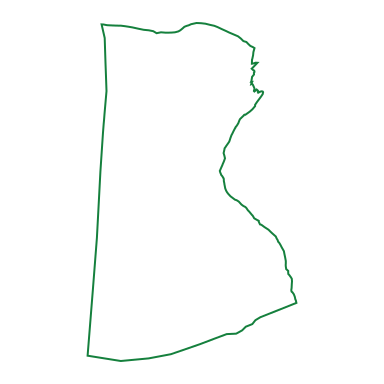 Ataqa, As Suways, Egypt
{"feature_id": "37247803B89602955599025", "entity_name": "Ataqa", "entity_type": "district", "adm_level": 2, "iso_a3": "EGY", "parent_name": "Egypt", "parent_adm1": "As Suways", "projection": "robinson", "projection_center": [32.387, 29.537], "detail": "fine", "context": "isolated", "style": "outline", "palette": "green", "viewbox_px": 384, "rotation_deg": 0, "n_neighbors": 0, "source": "geoboundaries", "source_scale": "gbopen_adm2", "svg_char_len": 3653}
<svg xmlns="http://www.w3.org/2000/svg" viewBox="0 0 384 384"><path d="M257.4,62.8L255.6,62.7L252.9,63.6L251.9,63.7L252.0,59.7L252.3,58.9L253.1,55.2L253.4,52.1L254.5,48.1L252.9,47.1L250.3,45.9L248.2,43.9L246.4,42.0L243.4,41.1L240.8,38.5L238.0,36.3L233.1,34.2L229.1,32.5L226.0,31.0L221.8,29.1L217.6,27.1L214.3,25.8L210.2,24.9L205.4,23.7L201.0,23.2L196.5,23.0L191.1,24.2L188.7,25.3L186.6,25.9L184.4,26.8L182.5,28.5L180.3,30.3L178.4,31.4L175.0,32.3L171.1,32.6L165.9,32.7L161.0,32.3L156.6,33.2L153.3,31.2L148.8,30.3L143.7,29.8L138.3,28.7L132.4,27.4L128.3,26.7L125.0,26.2L121.1,25.7L116.1,25.6L111.2,25.4L107.1,25.2L103.5,24.5L101.6,24.4L102.1,26.6L104.7,38.0L105.5,63.1L106.0,76.7L106.5,91.1L104.5,114.0L104.1,119.2L103.9,121.5L103.7,123.6L103.0,132.5L100.4,171.6L98.4,209.7L96.9,237.9L92.8,290.6L87.6,355.7L120.8,361.0L148.6,358.4L170.9,354.2L199.9,344.2L214.1,338.8L226.7,334.1L235.5,333.7L236.3,333.6L238.5,332.4L242.1,330.4L244.3,328.2L245.8,326.7L252.3,324.1L255.4,320.2L260.4,317.2L296.4,302.9L295.8,300.2L295.4,299.6L294.8,296.8L293.8,294.2L293.2,293.4L292.4,292.2L291.7,291.8L291.4,291.0L291.3,290.0L291.4,289.3L291.6,288.0L291.8,284.0L292.0,281.4L291.8,278.8L290.8,277.1L290.3,276.5L289.5,275.3L288.3,274.0L288.2,272.5L288.2,270.9L287.0,269.8L286.2,269.1L285.8,266.5L285.7,265.0L285.8,263.5L285.8,262.9L285.8,261.0L285.1,257.2L284.4,253.9L283.9,251.2L282.9,249.4L281.8,247.5L280.3,244.6L279.0,242.5L278.2,241.8L277.6,240.0L276.7,238.6L275.8,236.5L272.2,233.3L270.6,231.8L268.5,229.7L264.5,227.1L261.4,224.8L260.0,224.4L258.7,221.6L258.8,220.9L258.2,220.5L257.3,220.1L255.2,218.9L254.9,218.7L254.2,218.3L253.7,217.4L253.2,216.5L252.5,215.4L252.0,215.0L251.1,213.9L249.2,211.6L247.9,210.3L246.9,208.8L246.5,208.2L246.2,207.8L245.2,206.9L243.4,206.0L241.4,204.5L238.8,201.6L236.6,200.2L235.0,199.7L230.5,196.3L228.2,193.8L227.0,192.2L226.1,190.6L225.5,189.1L225.2,188.3L225.2,188.2L224.8,186.2L224.6,185.1L224.5,184.7L224.4,184.1L224.4,183.9L224.3,183.3L224.1,182.2L224.0,181.9L224.0,181.7L223.9,181.5L223.9,181.4L223.8,180.1L223.8,179.2L223.7,178.6L223.3,177.8L223.2,177.8L223.0,177.4L222.4,176.4L222.3,176.2L222.2,176.1L221.9,175.7L221.6,175.4L221.2,174.9L221.1,174.6L220.9,174.0L220.7,173.5L220.5,173.1L220.4,172.9L220.2,172.3L219.8,170.9L220.5,169.4L220.7,168.8L221.3,167.5L221.4,167.3L221.5,167.0L222.2,165.5L222.4,165.0L222.8,163.9L223.3,162.8L223.6,162.1L223.8,161.6L224.2,160.6L224.3,160.3L224.5,159.7L224.7,159.1L225.0,158.2L224.8,157.6L224.4,155.8L223.6,153.1L224.4,149.6L224.6,148.3L224.7,148.2L225.5,147.1L226.2,146.0L228.1,143.3L229.2,141.7L229.5,140.9L229.6,140.6L229.9,139.7L230.4,138.1L231.1,136.2L231.5,135.1L231.7,134.8L231.8,134.6L232.3,133.7L233.1,132.0L233.9,130.4L234.1,130.0L234.3,129.7L234.4,129.4L234.7,128.9L235.2,127.9L235.3,127.9L235.4,127.6L235.6,127.2L235.8,126.8L236.0,126.7L236.5,126.1L236.7,125.7L236.8,125.6L237.5,124.6L237.9,123.8L238.2,123.5L238.3,123.2L238.5,122.7L239.1,121.1L239.7,119.7L239.8,119.5L239.9,119.3L240.3,118.8L240.8,118.3L241.1,118.1L241.6,117.5L242.2,117.0L242.7,116.5L243.1,116.1L243.5,115.8L243.5,115.7L243.9,115.2L244.2,114.9L244.4,114.8L244.5,114.7L245.3,114.8L249.8,111.6L252.4,109.3L255.1,106.1L255.1,104.8L257.0,102.0L261.1,96.5L262.7,94.1L262.9,93.2L263.1,92.2L262.8,91.6L261.9,91.3L260.7,91.5L258.2,92.7L257.8,91.9L258.4,91.4L258.0,90.8L257.4,90.1L256.6,89.5L255.7,90.4L254.4,91.5L253.9,91.0L254.0,90.2L254.5,89.4L254.5,89.1L254.5,88.6L254.0,87.3L252.9,84.8L252.1,83.8L251.2,84.2L251.4,83.4L252.2,81.8L251.1,81.8L251.4,81.2L252.1,76.8L254.0,74.5L253.9,72.8L254.5,71.9L254.2,70.6L253.7,70.5L253.2,70.1L251.7,68.7L253.0,67.4L257.4,62.8Z" fill="none" stroke="#15803d" stroke-width="2"/></svg>